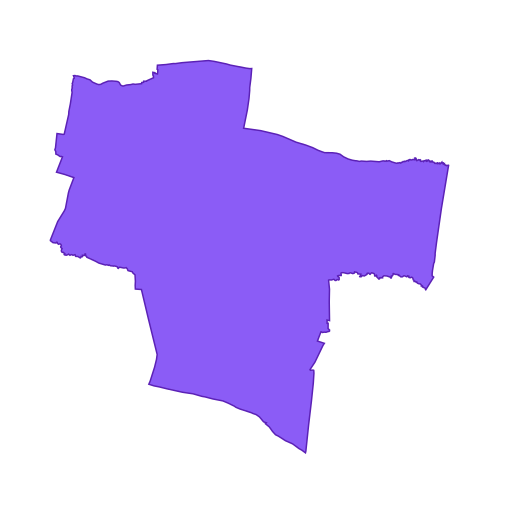 outline of Vela, Dolj, Romania, rotated 353°
{"feature_id": "2599482B98796919429095", "entity_name": "Vela", "entity_type": "district", "adm_level": 2, "iso_a3": "ROU", "parent_name": "Romania", "parent_adm1": "Dolj", "projection": "orthographic", "projection_center": [23.395, 44.274], "detail": "fine", "context": "isolated", "style": "filled", "palette": "violet", "viewbox_px": 512, "rotation_deg": 353, "n_neighbors": 0, "source": "geoboundaries", "source_scale": "gbopen_adm2", "svg_char_len": 5987}
<svg xmlns="http://www.w3.org/2000/svg" viewBox="0 0 512 512"><g transform="rotate(353 256 256)"><path d="M281.1,457.4L281.7,455.8L287.6,430.2L293.4,406.5L297.4,389.1L299.2,379.5L299.4,376.7L299.3,376.4L298.0,376.1L296.1,376.1L295.7,375.4L301.6,368.5L311.6,352.9L313.2,351.0L306.6,347.9L311.2,339.2L311.8,339.3L312.5,340.0L314.6,339.9L315.9,340.2L317.1,340.1L317.8,339.8L319.2,339.8L319.8,339.5L320.0,338.4L318.7,336.8L319.4,331.6L318.4,331.5L318.7,328.2L321.1,329.1L323.1,310.5L324.9,297.9L325.1,288.8L325.8,288.6L327.9,289.0L330.3,288.6L330.9,288.9L331.4,289.8L331.9,290.0L332.5,290.0L333.7,289.2L335.2,289.9L335.7,289.4L335.9,287.7L335.8,287.3L334.6,286.2L334.5,285.7L334.9,285.5L336.3,285.4L338.1,285.8L338.3,285.5L338.2,283.4L339.1,283.0L341.1,283.3L344.5,284.6L346.2,284.7L346.5,284.4L347.8,284.2L350.0,285.3L351.6,284.9L351.9,283.8L354.0,284.5L354.8,285.2L354.9,286.2L357.9,286.8L357.5,288.1L356.4,288.9L356.4,289.1L357.5,289.4L357.9,289.4L359.1,288.4L361.1,289.0L363.9,287.8L364.1,287.4L364.1,286.8L364.4,286.7L365.9,286.8L366.6,287.9L367.0,288.1L368.5,286.8L369.0,286.8L371.1,287.9L371.4,288.6L371.4,290.2L371.7,290.5L373.3,289.8L373.4,290.1L373.3,291.4L375.2,293.9L375.8,293.7L376.1,292.8L377.4,293.0L377.5,292.7L379.0,293.1L379.2,292.0L380.6,291.2L383.5,291.8L385.3,292.7L386.5,293.2L387.0,294.2L387.6,294.3L387.9,293.7L388.0,292.3L388.9,292.4L389.9,291.1L390.0,290.2L390.4,290.2L391.9,291.2L394.1,291.6L394.7,292.0L394.9,292.5L395.4,292.1L396.4,293.5L397.3,294.4L398.9,294.5L400.2,293.7L400.8,293.7L403.1,295.0L403.6,294.8L404.0,294.1L405.3,294.7L405.0,295.5L405.3,296.0L406.5,296.4L407.7,296.0L408.7,296.5L409.1,297.8L409.1,298.7L409.9,299.5L409.7,300.3L409.8,300.6L411.0,300.6L411.7,301.5L412.4,301.3L412.7,302.3L412.9,302.6L414.0,303.3L415.8,303.8L416.5,304.9L416.4,305.8L417.3,305.7L417.6,306.0L417.7,306.3L417.3,306.7L417.4,307.0L420.5,308.9L420.1,309.7L420.4,310.2L429.8,298.6L428.4,297.1L428.8,294.5L429.5,291.6L431.4,285.2L432.3,283.7L433.9,277.1L434.1,275.3L436.8,264.7L445.8,231.5L458.2,189.5L457.9,189.3L457.3,189.6L456.7,189.3L456.0,189.5L455.7,189.1L455.1,189.1L454.7,188.7L454.7,188.3L453.9,188.0L454.2,187.2L453.1,187.2L453.3,186.7L453.2,186.3L451.9,186.3L451.9,185.5L450.0,187.0L449.6,186.9L449.5,186.1L448.9,186.4L447.8,186.5L447.9,185.8L447.7,185.6L447.0,185.7L446.0,186.2L445.4,185.7L444.7,185.8L444.1,184.7L442.8,184.2L442.6,183.5L442.1,183.9L441.5,183.8L441.3,183.5L441.5,183.1L441.3,183.0L440.8,183.7L440.8,183.9L440.0,183.7L439.6,183.2L439.5,182.3L438.7,181.6L437.8,181.9L437.8,182.5L437.0,182.9L436.5,182.5L436.4,181.6L435.5,182.0L434.5,181.9L433.8,182.7L433.3,182.1L431.1,182.2L430.7,181.7L431.0,180.8L430.6,180.4L429.8,180.6L429.2,180.2L428.6,180.6L428.0,180.5L427.3,181.0L426.8,180.3L426.8,178.8L426.5,178.3L425.8,178.0L425.4,178.2L425.9,178.9L426.0,179.4L425.7,179.7L425.0,179.8L423.5,179.3L422.5,179.6L421.3,179.5L420.7,179.0L420.2,179.0L419.3,179.3L419.3,179.9L419.0,180.2L418.4,179.7L417.6,179.7L415.9,180.4L415.3,180.0L414.5,180.5L413.6,180.1L412.8,180.7L412.4,180.6L411.8,181.1L411.3,180.9L410.7,181.4L409.6,180.8L408.2,181.2L407.9,180.9L406.7,181.1L402.2,179.1L399.9,177.6L398.0,177.8L397.2,177.3L396.7,177.8L396.1,177.5L395.5,177.7L394.7,177.2L393.1,177.1L389.8,177.5L381.5,175.8L377.3,175.6L372.1,174.6L370.1,174.7L367.6,173.8L366.4,173.6L363.1,172.6L359.2,170.9L355.0,168.2L351.8,165.2L348.5,163.8L344.2,162.8L336.7,161.8L334.2,160.6L330.4,158.6L325.7,155.5L318.8,151.9L309.6,147.9L297.2,140.6L291.9,138.0L275.8,132.1L259.3,127.7L265.2,110.0L268.2,99.0L269.9,91.0L270.3,88.0L272.6,79.0L274.6,69.4L272.8,69.3L269.0,68.3L253.8,63.4L250.1,61.8L238.1,57.7L232.6,56.2L206.2,55.1L199.3,55.2L197.4,54.9L190.1,55.0L181.4,54.6L180.6,58.6L181.2,59.0L181.0,60.7L180.4,63.3L177.9,62.4L178.0,61.7L176.0,61.1L175.7,63.7L175.8,64.3L176.1,64.9L176.0,66.6L170.1,68.4L168.7,68.9L168.6,69.2L165.8,68.8L165.6,69.9L163.7,69.9L163.5,71.0L157.1,70.9L154.9,70.3L152.6,70.6L148.4,70.5L145.1,71.1L144.5,71.1L142.7,70.1L142.2,69.2L141.4,67.2L140.2,66.1L138.7,65.6L134.3,64.7L130.5,64.4L125.0,65.8L122.9,66.7L120.8,66.7L119.1,66.0L114.9,63.5L112.7,60.9L109.8,59.6L107.6,58.2L101.1,55.6L99.1,55.3L98.3,54.8L96.8,54.8L97.3,56.9L97.3,57.4L96.4,57.8L95.1,61.7L94.6,62.3L94.8,63.8L94.6,64.4L94.4,64.4L94.0,66.1L94.2,66.7L93.5,68.0L93.3,69.1L93.4,71.3L90.2,82.6L87.9,89.6L87.3,92.8L80.6,111.4L80.3,111.8L79.3,111.8L73.4,110.2L70.2,124.1L69.3,126.1L70.0,127.9L69.8,130.5L71.3,131.3L73.8,133.5L74.8,133.4L76.0,134.0L68.2,148.5L75.5,151.5L84.8,156.0L78.6,167.8L77.5,170.5L72.7,185.5L71.2,187.9L63.4,197.6L53.9,215.0L53.8,215.7L56.1,218.0L58.9,218.7L59.3,218.6L59.6,218.1L60.1,218.0L60.4,218.4L60.4,219.0L61.0,219.9L61.5,220.3L62.8,220.0L63.5,220.4L64.0,221.4L64.1,222.2L63.6,222.5L63.2,223.2L63.4,223.9L64.4,224.9L63.5,226.6L63.4,227.4L63.9,228.6L64.3,228.8L65.3,228.9L65.6,229.6L66.4,230.1L66.6,230.5L65.8,231.2L66.0,231.5L67.7,232.1L69.2,231.8L70.2,231.3L71.4,232.6L72.8,232.1L73.9,232.5L74.4,233.0L76.5,232.6L76.7,233.1L76.7,233.8L77.0,234.4L79.2,234.8L81.3,236.5L81.7,236.4L82.3,235.7L82.3,235.2L83.7,235.5L83.9,235.2L83.8,234.1L84.0,234.1L85.8,234.5L86.6,233.1L87.0,233.2L87.0,234.9L87.2,235.4L87.8,235.8L87.9,236.6L96.0,241.6L99.2,243.9L105.4,246.6L106.9,246.5L108.5,247.3L109.1,247.0L110.3,247.9L111.4,248.2L112.3,248.3L113.1,248.7L113.8,248.5L115.9,249.2L117.2,250.0L117.3,251.1L117.8,251.5L118.9,250.6L119.6,250.6L123.2,251.8L124.8,251.9L125.7,251.7L126.8,253.2L126.9,254.1L127.2,254.9L131.3,256.6L131.8,258.0L133.5,259.8L133.6,260.2L133.2,266.4L132.5,270.4L132.2,274.1L138.2,275.3L141.6,305.8L145.9,341.7L144.6,346.6L141.8,354.0L135.7,367.3L134.0,370.2L139.0,372.5L144.2,374.2L151.5,377.0L166.5,382.3L176.7,385.1L185.4,388.8L188.2,389.6L195.7,392.6L205.5,395.8L210.2,398.5L216.2,402.4L217.6,403.7L221.4,405.9L232.3,411.0L233.7,411.9L236.8,413.4L239.8,416.1L243.3,421.5L245.9,422.8L244.9,423.6L248.4,427.3L251.0,432.1L253.6,435.8L256.1,437.4L262.7,442.9L269.4,446.9L275.2,452.4L277.7,454.2L281.1,457.4Z" fill="#8b5cf6" stroke="#5b21b6" stroke-width="1.5"/></g></svg>